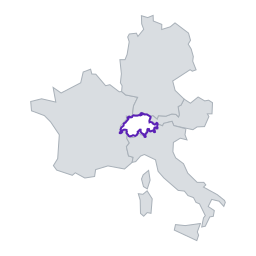 map of Switzerland with France, Austria, Germany and Italy greyed out
{"feature_id": "CHE", "entity_name": "Switzerland", "entity_type": "country or territory", "adm_level": 0, "iso_a3": "CHE", "parent_name": "Europe", "parent_adm1": "", "projection": "mercator", "projection_center": [8.313, 46.803], "detail": "fine", "context": "with_neighbors", "style": "outline", "palette": "violet", "viewbox_px": 256, "rotation_deg": 0, "n_neighbors": 4, "source": "natural_earth", "source_scale": "50m", "svg_char_len": 5018}
<svg xmlns="http://www.w3.org/2000/svg" viewBox="0 0 256 256"><path d="M121.6,91.5L125.6,94.9L137.7,97.3L133.5,106.0L132.4,115.0L130.1,117.1L126.3,116.0L126.5,119.2L120.4,126.1L120.2,131.7L124.3,129.7L127.2,135.1L126.8,138.5L129.3,143.0L126.4,146.7L128.5,155.9L133.1,157.3L132.1,162.4L124.5,169.0L107.9,165.9L95.6,169.6L94.6,176.5L84.8,178.0L75.3,172.8L72.3,175.3L56.7,170.1L53.4,165.6L57.7,158.6L59.3,134.8L50.6,121.9L44.4,115.6L31.5,110.8L30.7,101.5L41.6,98.8L55.8,102.1L53.1,87.4L61.1,93.0L80.7,82.8L83.2,72.0L90.6,69.2L91.8,74.0L95.8,74.2L105.6,85.7L109.9,84.7L119.2,91.8L121.6,91.5ZM143.2,174.8L148.6,170.4L150.1,180.2L147.3,188.9L143.5,186.6L141.5,179.0L143.2,174.8Z" fill="#d9dde1" stroke="#a8b0b8" stroke-width="1"/><path d="M212.5,102.7L212.0,113.8L207.3,113.8L208.9,116.6L204.5,126.6L197.1,126.9L192.9,129.7L173.8,125.6L172.0,121.3L163.6,123.4L162.6,125.8L149.4,121.4L150.4,116.2L152.9,115.5L157.2,119.0L158.4,115.7L165.8,116.2L171.9,114.0L175.9,114.4L178.5,116.9L179.3,114.8L178.1,106.6L181.1,105.0L184.1,99.1L190.4,103.2L198.1,97.0L204.7,100.9L208.6,100.2L212.5,102.7Z" fill="#d9dde1" stroke="#a8b0b8" stroke-width="1"/><path d="M188.5,33.1L190.5,40.3L188.2,44.1L191.2,49.1L193.3,56.5L192.7,61.2L196.1,69.8L192.3,71.2L190.1,69.7L172.7,81.0L175.1,90.4L184.1,99.1L181.1,105.0L178.1,106.6L179.3,114.8L178.5,116.9L175.9,114.4L171.9,114.0L165.8,116.2L158.4,115.7L157.2,119.0L152.9,115.5L150.4,116.2L141.3,112.4L139.6,115.1L132.4,115.0L133.5,106.0L137.7,97.3L125.6,94.9L121.6,91.5L122.1,85.8L120.4,82.8L121.4,73.9L119.9,59.7L125.0,59.7L127.1,54.5L129.2,41.8L127.7,37.0L129.3,34.0L136.4,33.2L137.9,36.4L143.7,29.3L141.7,23.9L141.4,15.7L147.7,17.6L153.1,15.4L153.3,21.0L161.8,24.4L161.7,29.5L170.3,26.8L175.0,22.9L188.5,33.1Z" fill="#d9dde1" stroke="#a8b0b8" stroke-width="1"/><path d="M157.5,124.0L162.6,125.8L163.6,123.4L172.0,121.3L173.8,125.6L185.9,128.8L185.0,134.8L187.0,139.9L180.3,138.2L173.4,142.4L172.9,151.8L175.6,157.8L183.5,163.7L187.8,173.2L197.2,182.4L203.8,182.4L205.8,184.9L203.5,187.1L217.2,194.6L224.5,200.4L225.3,202.4L223.8,206.4L219.1,201.2L211.7,199.4L208.2,206.5L214.3,210.6L213.3,216.3L209.8,216.9L205.3,226.2L201.7,227.0L203.5,217.9L205.3,215.6L199.5,203.8L196.0,202.4L193.5,197.6L188.0,195.6L184.4,191.1L178.2,190.4L163.8,177.9L158.1,171.3L155.5,159.8L144.4,154.5L140.5,156.1L135.7,161.6L132.1,162.4L133.1,157.3L128.5,155.9L126.4,146.7L129.3,143.0L126.8,138.5L127.2,135.1L130.8,137.7L134.9,137.1L139.6,133.0L141.0,134.9L145.1,134.5L146.9,129.6L153.1,131.1L156.9,129.1L157.5,124.0ZM185.3,225.6L200.4,223.5L197.3,231.9L198.6,235.2L196.8,240.6L174.3,230.1L175.5,224.6L185.3,225.6ZM142.9,194.3L147.1,190.8L152.2,198.8L151.0,213.3L147.2,212.6L143.7,216.2L140.5,213.4L140.2,200.1L138.3,193.7L142.9,194.3Z" fill="#d9dde1" stroke="#a8b0b8" stroke-width="1"/><path d="M149.8,116.2L150.0,116.4L150.6,116.9L150.5,117.9L149.8,119.4L149.4,120.6L149.4,121.5L149.5,122.0L149.6,121.9L150.2,122.0L150.6,122.0L151.6,122.3L152.5,122.6L152.6,123.0L152.8,123.5L153.8,124.1L154.9,124.6L155.3,124.4L156.7,122.9L157.3,123.2L157.6,124.0L157.6,124.4L157.2,126.0L157.1,126.9L157.5,127.4L157.5,127.9L157.4,128.3L156.8,128.3L156.1,128.1L155.4,127.4L154.9,127.5L154.5,127.7L154.3,128.3L154.1,129.1L154.2,129.5L154.5,129.8L154.7,130.6L154.9,131.5L155.0,131.9L154.9,132.1L154.5,132.2L154.1,132.1L153.5,131.0L153.3,130.6L152.8,130.5L152.0,130.8L150.7,131.4L150.2,131.4L149.8,131.2L149.4,130.7L149.1,129.7L149.0,129.1L148.7,129.1L147.9,128.9L147.5,129.2L147.5,130.2L147.5,131.5L147.1,132.3L145.9,133.7L145.5,134.4L145.4,134.8L145.3,135.2L145.5,135.9L145.7,136.5L145.5,136.9L145.0,137.0L144.5,136.7L144.4,136.0L143.5,135.0L143.9,134.2L142.3,133.6L141.7,133.0L140.8,132.0L140.6,131.5L140.6,130.1L140.6,129.7L140.0,129.6L139.4,130.1L138.9,130.8L137.7,131.7L137.6,131.9L138.0,132.7L138.0,133.0L137.0,134.3L136.9,134.8L135.7,135.6L135.1,135.9L133.5,135.3L133.0,135.2L132.3,135.7L131.2,136.0L129.6,136.4L128.9,136.1L128.7,135.9L128.5,135.5L128.1,134.8L127.6,134.4L127.3,133.9L126.8,133.4L126.5,133.0L126.9,131.6L126.7,131.2L126.5,130.5L126.6,130.0L126.4,129.9L124.9,129.6L123.7,129.7L122.8,130.2L122.0,130.9L121.9,131.1L122.0,131.2L122.3,131.9L121.7,132.6L120.8,133.2L120.1,133.2L119.8,133.1L119.8,132.4L120.3,132.1L120.8,131.6L121.0,130.9L121.1,130.4L120.5,129.8L120.6,129.4L120.9,128.7L121.1,128.1L121.4,127.5L122.4,126.6L123.5,125.7L123.7,124.8L123.7,123.6L123.9,123.4L125.3,122.7L125.7,122.4L125.8,122.0L127.0,120.7L128.1,119.4L128.3,119.0L128.5,118.7L128.3,118.3L127.8,118.2L127.6,117.8L128.2,117.1L128.9,116.6L129.6,116.6L129.9,116.8L129.9,117.1L130.2,117.3L130.7,117.4L131.4,117.3L132.0,117.1L132.4,116.4L132.6,115.9L133.7,115.3L134.4,115.6L136.3,115.7L137.7,115.6L138.6,115.2L139.7,115.2L140.4,115.4L140.5,115.4L140.9,115.1L141.6,115.0L141.7,114.8L141.7,114.6L140.7,114.6L140.4,114.5L140.3,114.2L140.6,113.6L141.2,113.2L141.7,113.1L142.1,113.2L143.1,114.0L143.3,114.0L143.4,113.9L143.6,113.8L143.9,114.0L144.3,114.5L146.4,114.4L146.9,114.4L148.3,115.3L149.8,116.2Z" fill="none" stroke="#5b21b6" stroke-width="2"/></svg>